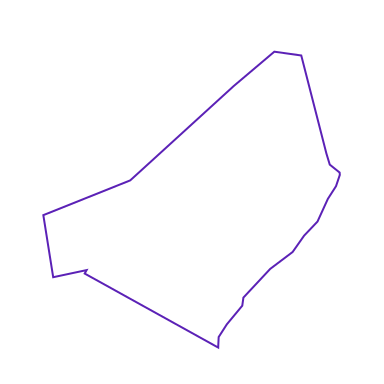 Mount Pleasant, Castries, Saint Lucia (orthographic projection), rotated 98°
{"feature_id": "8701671B94814187921498", "entity_name": "Mount Pleasant", "entity_type": "district", "adm_level": 2, "iso_a3": "LCA", "parent_name": "Saint Lucia", "parent_adm1": "Castries", "projection": "orthographic", "projection_center": [-60.985, 14.015], "detail": "fine", "context": "isolated", "style": "outline", "palette": "violet", "viewbox_px": 384, "rotation_deg": 98, "n_neighbors": 0, "source": "geoboundaries", "source_scale": "gbopen_adm2", "svg_char_len": 465}
<svg xmlns="http://www.w3.org/2000/svg" viewBox="0 0 384 384"><g transform="rotate(98 192 192)"><path d="M339.6,144.7L331.9,145.4L318.2,139.1L297.6,126.4L289.4,126.4L257.2,103.8L237.4,84.0L219.6,74.9L203.8,63.6L179.9,56.5L166.2,50.2L154.5,48.0L152.2,48.5L145.7,59.4L135.1,64.3L41.6,102.8L41.6,130.0L81.1,165.3L175.5,243.5L189.1,254.8L235.6,336.0L295.7,317.6L284.0,285.5L287.7,286.9L342.4,144.4L339.6,144.7Z" fill="none" stroke="#5b21b6" stroke-width="2"/></g></svg>